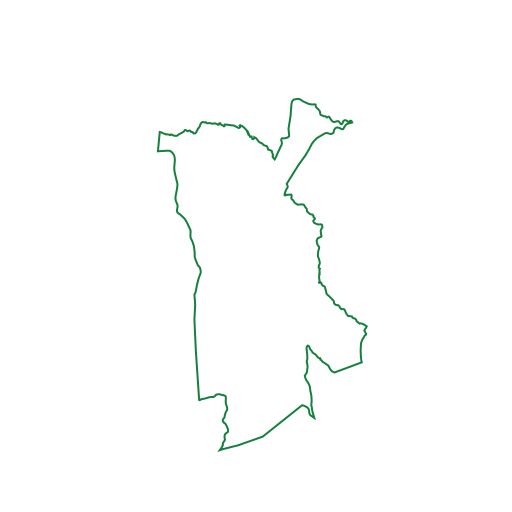 Lázaro Cárdenas, Tlaxcala, Mexico, rotated 315°
{"feature_id": "50627088B94934519915903", "entity_name": "Lázaro Cárdenas", "entity_type": "district", "adm_level": 2, "iso_a3": "MEX", "parent_name": "Mexico", "parent_adm1": "Tlaxcala", "projection": "mercator", "projection_center": [-97.981, 19.536], "detail": "fine", "context": "isolated", "style": "outline", "palette": "green", "viewbox_px": 512, "rotation_deg": 315, "n_neighbors": 0, "source": "geoboundaries", "source_scale": "gbopen_adm2", "svg_char_len": 6160}
<svg xmlns="http://www.w3.org/2000/svg" viewBox="0 0 512 512"><g transform="rotate(315 256 256)"><path d="M418.4,229.6L418.9,228.3L418.8,227.6L418.5,227.2L418.2,227.0L416.7,226.7L416.1,226.4L415.9,225.9L415.8,224.4L415.1,223.0L414.3,222.5L413.0,222.4L410.9,223.3L409.9,223.4L409.4,222.8L409.3,222.3L409.7,220.0L409.6,218.9L408.4,217.9L406.0,216.6L405.5,215.8L405.3,214.8L405.3,213.7L405.8,210.6L406.1,210.0L406.2,209.4L406.1,209.1L405.5,208.6L404.3,208.3L404.0,208.1L404.0,206.6L402.8,205.2L402.4,203.9L401.7,202.4L401.6,201.8L401.9,200.9L403.1,199.4L403.6,198.3L403.8,195.9L403.7,194.8L403.7,193.6L404.1,192.5L404.6,191.7L405.2,191.1L404.8,190.3L403.2,188.9L402.2,187.8L400.7,185.5L398.6,179.9L398.1,176.9L397.4,175.4L396.7,174.5L393.4,172.1L391.3,172.1L390.4,172.4L388.4,173.7L379.6,181.3L369.0,189.0L366.9,191.5L364.6,194.3L363.9,194.7L362.9,194.7L362.0,194.5L360.6,193.8L359.1,192.7L357.8,191.3L356.9,191.2L356.3,191.4L355.8,191.9L354.5,194.1L354.0,194.6L352.6,195.5L342.5,199.1L341.4,199.7L337.5,200.9L337.6,199.3L337.9,197.6L338.4,197.1L339.3,197.0L340.7,193.9L341.4,193.0L341.4,192.6L340.6,190.7L339.9,189.6L339.9,189.2L340.5,188.4L340.9,187.4L341.2,186.5L341.2,185.8L339.9,183.2L339.9,180.4L339.0,178.5L338.8,176.8L339.3,173.6L339.3,172.5L338.8,170.9L338.4,171.4L336.6,171.4L336.2,170.5L337.3,168.3L336.1,167.6L337.7,163.2L337.0,163.6L338.2,160.6L338.4,157.0L338.1,154.3L337.4,152.8L336.8,152.5L336.9,152.3L336.6,152.3L336.5,153.3L336.1,153.7L335.7,153.8L334.3,153.4L332.6,148.1L330.3,145.3L328.9,143.3L326.8,140.9L325.5,141.9L325.0,141.6L324.8,140.3L324.2,138.6L324.6,136.8L323.7,136.2L322.7,136.8L321.9,136.4L321.7,135.0L320.6,132.9L319.2,132.2L317.8,130.2L317.6,129.6L315.4,127.7L315.1,127.1L315.1,125.9L314.3,125.5L312.9,123.4L312.1,123.3L311.0,123.2L309.5,123.7L307.8,124.6L305.3,125.1L305.1,124.9L301.1,126.3L299.8,126.3L298.5,125.2L298.8,123.7L297.8,122.0L298.1,121.2L297.8,120.4L295.8,119.4L295.3,117.1L294.6,116.6L292.8,117.0L287.2,115.4L285.5,115.2L285.0,115.0L284.0,114.1L282.9,112.6L282.3,110.7L281.8,109.9L280.8,109.9L280.1,108.3L279.0,106.9L278.3,106.4L278.0,105.3L276.8,103.1L276.6,101.8L275.6,100.3L260.7,112.6L267.6,118.7L269.5,120.7L269.8,122.1L269.9,123.8L269.4,126.4L268.9,127.7L266.6,130.7L260.8,135.6L259.1,137.4L258.2,138.6L255.9,142.1L251.6,149.2L250.9,150.0L248.4,152.1L241.0,157.2L239.7,158.4L238.3,160.3L236.8,163.9L236.0,165.1L234.9,166.1L232.6,167.6L232.0,168.2L231.2,169.7L231.3,171.4L231.7,172.6L231.9,178.4L231.7,180.2L230.8,183.6L228.2,190.9L227.7,191.7L226.1,193.4L225.1,194.2L223.1,196.2L222.3,197.7L221.4,200.5L219.5,204.3L218.1,206.4L215.0,210.3L212.4,212.8L210.5,216.1L208.7,220.5L208.4,221.3L208.2,223.8L208.2,224.4L206.8,226.8L205.6,228.3L204.4,229.1L200.1,231.0L194.8,234.1L188.4,238.4L186.7,239.3L185.3,239.6L178.6,247.4L167.5,257.4L150.9,275.6L146.6,280.3L114.0,317.6L114.3,318.2L116.1,318.6L117.1,319.4L120.0,321.2L122.7,322.6L124.9,324.3L125.6,325.1L126.3,325.6L127.6,326.0L129.8,325.9L131.8,327.2L132.4,327.9L133.7,330.3L134.8,331.7L135.3,333.4L135.0,334.2L134.6,334.8L132.0,337.2L130.3,339.0L128.4,342.8L127.3,344.0L126.1,344.6L124.6,344.9L123.5,345.4L121.6,346.4L119.5,347.9L117.7,348.0L116.7,348.4L115.9,349.1L115.6,349.8L115.7,350.5L115.4,351.0L115.7,352.4L115.6,353.8L114.0,358.1L112.9,359.6L112.3,360.2L111.6,360.5L110.9,360.5L109.2,360.1L107.9,360.2L106.1,361.3L104.1,364.0L101.6,364.7L100.7,364.7L99.5,365.5L98.8,366.4L97.7,366.6L97.0,367.0L93.1,367.7L96.3,369.3L109.5,377.2L133.1,388.5L183.0,394.1L184.1,395.8L185.2,399.4L185.1,401.1L184.4,402.5L182.2,405.5L181.9,407.1L182.7,411.7L185.8,406.1L187.5,403.6L188.4,402.6L189.5,400.7L192.9,397.8L196.4,393.9L199.2,389.6L201.5,386.7L202.5,384.7L203.2,382.6L203.9,378.9L204.9,376.7L205.9,375.1L208.4,374.7L210.5,373.8L211.5,372.8L214.2,370.8L215.6,369.0L217.2,366.5L219.5,365.1L222.2,362.3L226.4,357.1L227.7,356.1L229.0,355.9L229.6,356.5L229.6,357.4L228.3,360.5L228.3,362.2L227.8,364.0L227.9,365.4L228.4,367.6L228.4,369.0L228.1,370.7L228.2,372.1L228.5,373.2L229.1,373.7L229.0,373.9L228.2,374.8L228.6,376.0L228.2,377.9L228.8,379.7L229.1,381.9L229.5,383.7L229.6,384.7L228.3,389.0L228.2,391.2L228.8,392.8L229.0,393.8L255.6,406.0L256.5,404.5L259.0,401.3L263.4,396.6L268.4,392.1L270.2,391.1L272.0,390.4L276.5,389.2L277.6,389.2L278.3,389.4L278.9,388.9L279.1,387.9L279.9,385.3L280.7,385.0L283.3,384.5L284.6,384.0L283.7,380.1L283.1,378.7L282.2,377.5L281.4,377.1L281.4,376.1L281.0,373.2L281.7,372.0L281.8,371.4L281.7,369.9L281.0,369.2L280.8,368.6L280.7,367.6L281.1,366.6L280.0,365.1L278.8,363.7L278.8,362.3L279.2,360.3L279.8,358.8L280.6,357.0L280.5,355.6L278.8,353.9L278.8,352.0L279.4,350.5L279.3,348.7L278.4,348.0L278.0,347.2L277.6,345.9L277.8,344.7L279.2,342.7L279.3,336.7L279.1,333.8L279.3,332.3L280.3,331.0L282.8,326.6L282.9,325.8L282.5,325.1L282.4,324.4L282.3,322.7L283.2,321.1L283.1,320.3L282.0,320.0L281.7,319.5L281.8,319.2L283.2,318.8L285.3,315.9L287.6,313.9L288.0,314.0L288.5,312.9L289.4,312.7L290.8,310.8L292.1,310.2L291.9,309.5L292.2,308.4L294.0,307.1L295.0,306.8L295.6,306.5L296.4,305.8L297.0,305.0L298.5,302.4L299.6,299.9L303.4,296.6L305.8,295.3L306.7,294.7L307.1,293.8L307.2,292.6L307.6,291.2L309.3,288.5L309.7,288.1L311.8,287.2L312.8,287.3L315.5,288.4L316.2,288.4L316.7,287.8L317.0,287.1L319.2,284.3L320.1,283.6L321.0,283.2L323.3,282.7L324.7,280.6L324.5,279.9L324.0,279.2L322.2,277.6L321.3,275.8L320.6,273.6L321.0,272.1L321.5,271.6L324.1,271.3L324.3,270.1L324.2,269.1L325.1,268.0L325.2,267.2L325.1,266.4L324.5,265.8L323.9,264.7L323.8,263.7L323.6,261.0L323.8,260.3L325.2,258.5L325.4,256.3L326.0,253.8L325.9,253.2L325.0,252.0L321.8,249.2L321.4,247.7L321.0,245.7L321.6,243.0L321.5,241.4L321.8,240.0L323.1,239.2L324.1,238.3L324.3,237.4L320.8,234.4L320.7,233.9L320.5,233.7L319.4,233.8L319.3,233.0L321.7,231.5L322.7,231.2L323.3,230.7L326.9,229.8L327.9,228.9L328.7,226.7L349.9,221.8L362.0,219.8L369.2,218.0L374.7,216.2L378.4,215.7L382.6,215.7L391.4,218.0L392.9,218.9L395.1,222.6L396.0,223.2L396.9,223.4L397.8,223.6L398.4,223.3L400.6,222.0L402.4,221.8L403.7,222.1L404.5,222.7L405.4,224.2L406.3,226.8L406.9,227.6L407.3,227.9L407.8,227.8L410.0,227.2L412.3,226.8L413.7,227.0L415.5,227.9L418.4,229.6Z" fill="none" stroke="#15803d" stroke-width="2"/></g></svg>